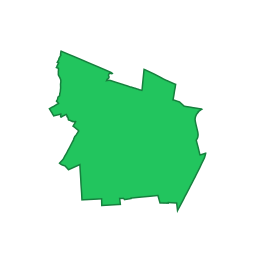 Dobrosloveni, Olt, Romania, rotated 252°
{"feature_id": "2599482B22275602888784", "entity_name": "Dobrosloveni", "entity_type": "district", "adm_level": 2, "iso_a3": "ROU", "parent_name": "Romania", "parent_adm1": "Olt", "projection": "orthographic", "projection_center": [24.382, 44.168], "detail": "fine", "context": "isolated", "style": "filled", "palette": "green", "viewbox_px": 256, "rotation_deg": 252, "n_neighbors": 0, "source": "geoboundaries", "source_scale": "gbopen_adm2", "svg_char_len": 5482}
<svg xmlns="http://www.w3.org/2000/svg" viewBox="0 0 256 256"><g transform="rotate(252 128 128)"><path d="M154.8,186.8L155.2,186.2L160.4,180.4L160.6,180.3L161.5,179.1L163.9,176.6L164.6,176.0L166.2,174.5L171.1,169.7L172.5,168.2L177.3,163.1L178.3,162.0L178.8,161.4L163.1,154.5L160.2,153.3L159.9,153.1L159.5,152.8L160.4,151.4L160.5,151.3L160.6,151.0L160.9,150.4L161.1,150.3L161.3,150.2L161.9,149.4L162.1,149.0L162.5,148.5L162.6,148.3L163.0,147.8L163.5,147.2L164.3,145.9L164.6,145.6L164.7,145.4L164.8,145.0L164.9,144.9L165.0,144.8L165.2,144.7L165.3,144.6L165.5,144.3L166.0,143.6L166.0,143.3L166.1,143.1L166.4,142.7L166.7,142.4L166.9,142.1L167.6,141.1L167.8,141.0L168.0,140.8L168.2,140.4L169.1,139.2L169.3,138.9L169.8,138.1L171.2,136.3L171.5,135.8L172.8,134.0L173.8,132.6L174.5,131.6L175.8,129.8L176.1,129.4L177.2,127.9L177.7,127.3L177.9,126.9L178.4,126.3L178.5,126.0L178.8,125.7L179.0,125.3L179.1,124.9L179.3,124.4L179.3,124.1L179.4,123.7L179.6,122.8L179.7,122.7L179.7,122.3L180.3,122.8L180.6,123.0L180.9,123.5L181.0,123.9L181.4,125.0L181.6,125.3L181.9,125.5L182.2,125.6L182.9,125.8L183.1,125.8L183.5,125.7L183.8,125.7L184.2,125.7L184.6,125.9L184.8,126.1L185.0,126.3L185.2,126.5L185.4,127.0L185.7,127.5L185.7,127.8L185.6,128.0L185.3,128.3L185.1,128.5L184.9,128.7L184.8,129.0L184.7,129.3L184.7,129.6L184.7,129.9L185.0,129.8L185.2,129.7L185.4,129.6L185.8,129.2L186.1,129.0L186.3,128.8L186.5,128.6L187.0,128.0L189.5,125.2L190.3,124.3L193.7,120.4L195.3,118.6L199.7,113.5L201.2,111.8L202.3,110.5L203.8,108.8L205.6,106.8L206.8,105.4L213.0,98.3L216.1,94.6L218.7,91.6L220.0,90.1L220.5,89.5L221.8,88.1L221.7,88.0L221.4,87.8L221.1,87.7L220.6,87.4L220.3,87.3L219.9,87.1L219.7,87.0L219.5,86.9L219.2,86.7L218.6,86.5L218.4,86.5L218.1,86.7L217.9,86.5L217.2,85.7L215.9,84.3L215.5,83.8L214.9,83.7L214.5,83.3L213.9,82.8L213.4,82.2L212.3,81.0L211.4,82.1L210.6,81.4L210.3,81.2L210.1,80.9L209.6,80.5L209.5,80.2L208.7,79.6L208.1,79.2L207.6,78.6L206.7,79.7L206.3,80.3L204.1,79.6L203.8,79.4L203.3,79.2L202.6,79.0L200.8,78.4L200.5,78.3L200.1,78.2L199.9,78.2L199.6,78.2L199.2,78.3L198.7,78.4L198.1,78.5L197.6,78.6L197.3,78.7L196.1,78.8L195.3,78.9L194.8,78.9L194.1,78.8L193.0,78.5L192.3,78.2L190.4,77.3L189.6,77.1L188.6,76.8L187.2,76.4L186.6,76.2L185.8,75.8L184.6,75.3L183.8,75.0L183.1,74.6L182.5,74.3L182.1,73.9L181.0,73.4L179.8,72.9L179.7,72.8L179.6,72.5L179.4,71.8L179.4,71.5L178.2,70.4L177.4,70.1L176.7,69.6L176.0,68.6L175.8,68.4L175.6,68.3L175.4,68.2L175.2,68.3L175.0,68.6L174.8,68.7L174.6,68.9L174.4,69.0L174.1,69.1L173.3,69.4L172.8,69.5L172.6,68.8L172.4,67.4L171.5,64.0L171.3,62.2L170.6,59.2L169.1,59.6L167.2,60.0L165.9,60.4L165.0,60.5L164.8,60.5L164.2,60.7L163.8,60.8L163.4,60.9L162.8,61.1L162.5,61.1L162.3,63.9L162.1,66.4L162.0,68.4L161.6,68.3L161.3,68.2L161.2,68.1L160.9,68.0L160.7,67.9L160.4,67.7L160.2,67.6L159.9,67.5L159.3,67.5L159.1,67.6L159.0,67.9L159.1,68.1L159.2,68.5L159.3,69.0L159.5,69.8L159.6,70.7L159.7,71.4L159.7,71.9L159.9,72.6L160.0,72.9L160.0,73.3L160.0,73.5L159.7,73.6L159.0,73.7L158.5,73.9L158.4,73.9L158.1,73.7L157.8,73.5L157.5,73.6L157.4,73.6L157.1,73.9L156.9,74.1L156.7,74.1L156.4,74.0L156.1,74.0L155.6,74.1L155.4,74.1L155.2,74.0L154.8,73.9L154.5,73.9L154.4,73.9L154.2,73.9L154.1,74.0L153.9,74.1L153.7,74.3L153.6,74.5L153.2,75.2L153.1,75.4L152.9,75.5L152.7,75.7L152.2,76.1L152.2,76.4L152.2,76.6L151.8,77.0L151.7,77.1L151.4,77.0L151.0,77.6L151.1,77.8L151.1,78.0L150.9,78.3L150.6,78.7L150.4,78.9L150.3,79.1L150.4,79.3L150.5,79.5L150.5,80.0L150.3,80.2L149.9,79.8L149.0,78.9L148.7,78.6L147.9,77.6L146.9,76.5L146.7,76.3L146.1,76.8L145.7,77.1L144.5,77.9L143.8,78.3L142.4,79.2L142.0,79.4L141.6,79.7L141.1,80.0L140.8,80.1L140.5,80.1L140.3,80.1L140.2,80.0L140.1,79.9L139.9,79.5L139.6,79.1L139.3,78.8L139.2,78.8L138.8,78.5L138.6,77.9L138.1,77.4L137.5,76.8L137.2,76.3L136.8,75.6L136.5,75.1L136.3,74.7L135.7,74.2L135.0,73.5L134.1,72.8L132.8,72.1L132.7,72.0L132.7,71.9L132.8,71.7L132.6,71.5L129.1,68.0L127.5,66.4L126.1,64.9L125.3,64.0L124.7,63.4L123.7,62.5L121.9,60.5L120.9,59.3L119.6,58.0L119.0,57.4L118.6,57.0L118.1,56.3L117.3,54.9L116.8,54.0L115.7,52.0L114.9,52.5L114.0,53.2L113.6,53.6L113.2,54.0L111.4,56.4L110.1,57.0L108.4,57.8L106.7,58.5L108.1,70.9L94.5,67.4L88.6,65.8L80.1,63.7L79.8,63.6L73.9,62.0L72.3,67.9L68.8,81.0L62.4,79.1L58.4,94.5L57.7,97.1L63.6,98.3L62.7,101.0L62.5,101.9L61.9,102.3L61.7,102.4L61.0,102.5L60.0,109.1L60.4,109.3L58.5,118.1L56.4,127.3L54.6,135.6L46.8,135.3L46.6,135.9L44.1,143.1L44.7,143.3L43.7,145.7L41.6,151.1L34.2,149.6L35.8,151.2L36.5,152.0L41.9,157.6L43.0,158.7L43.9,159.6L45.0,160.6L46.1,161.8L48.0,163.8L50.0,165.8L51.8,167.7L53.1,168.9L53.8,169.6L54.8,170.7L57.5,173.4L59.5,175.4L60.4,176.4L62.1,178.0L62.6,178.5L67.9,183.8L70.4,186.1L72.0,187.6L73.1,188.7L75.9,191.4L76.3,191.7L78.2,193.0L80.0,194.1L80.1,193.9L80.0,192.4L80.1,188.3L80.2,188.2L80.3,188.1L87.8,188.7L95.3,189.1L95.8,189.7L96.9,190.9L97.4,191.3L97.9,191.6L98.4,191.9L99.1,192.2L99.7,192.5L100.9,192.8L102.5,193.1L111.3,193.8L113.7,194.1L114.1,194.2L115.0,194.3L115.8,194.6L116.2,194.8L116.5,194.9L117.4,195.4L118.0,195.8L118.6,196.3L119.3,196.9L119.8,197.4L120.2,197.9L120.6,198.6L121.1,199.3L121.3,199.7L121.6,199.6L121.9,200.3L123.1,203.9L123.1,204.0L123.3,203.9L124.7,201.1L125.6,199.4L127.4,195.8L128.3,194.2L129.0,192.8L129.6,191.6L130.4,190.0L131.2,188.5L131.4,188.2L131.5,188.1L132.4,187.6L136.4,185.3L136.7,185.1L136.8,185.1L137.5,184.2L137.8,183.7L140.3,180.4L140.8,179.5L145.1,181.8L149.1,183.8L151.4,185.1L154.8,186.8Z" fill="#22c55e" stroke="#15803d" stroke-width="1.5"/></g></svg>